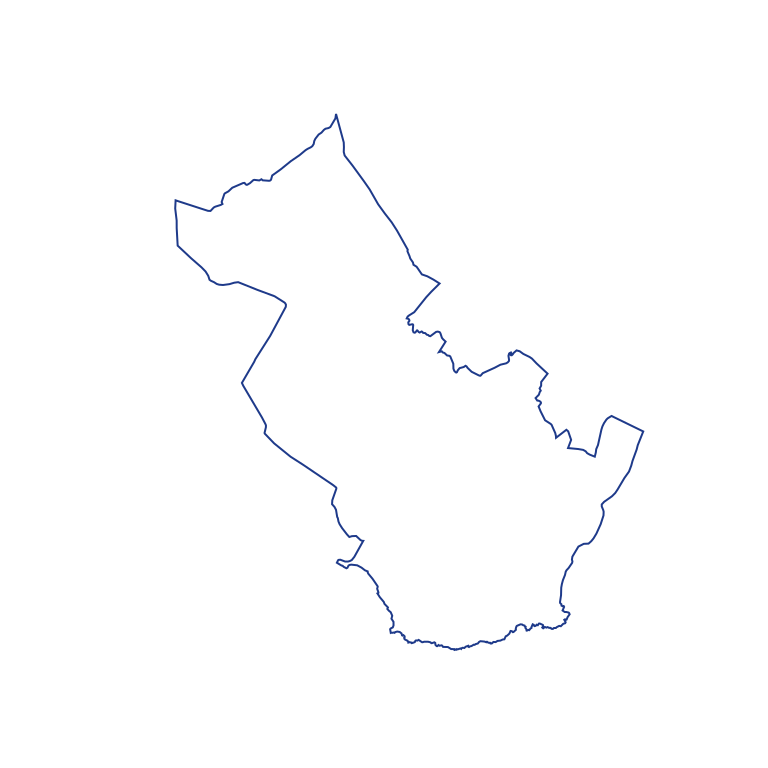 outline of Thuan Nam, Ninh Thuận, Vietnam, rotated 26°
{"feature_id": "81297802B94482771357603", "entity_name": "Thuan Nam", "entity_type": "district", "adm_level": 2, "iso_a3": "VNM", "parent_name": "Vietnam", "parent_adm1": "Ninh Thuận", "projection": "albers", "projection_center": [108.912, 11.451], "detail": "fine", "context": "isolated", "style": "outline", "palette": "blue", "viewbox_px": 768, "rotation_deg": 26, "n_neighbors": 0, "source": "geoboundaries", "source_scale": "gbopen_adm2", "svg_char_len": 6165}
<svg xmlns="http://www.w3.org/2000/svg" viewBox="0 0 768 768"><g transform="rotate(26 384 384)"><path d="M222.5,162.3L223.9,166.6L223.1,176.6L221.9,178.3L219.5,180.2L218.6,181.9L217.6,185.5L215.9,188.4L214.8,193.6L214.8,196.1L215.6,199.1L215.3,201.7L214.4,203.4L212.3,206.1L211.0,208.2L207.8,215.3L202.6,224.5L197.1,236.3L192.1,245.6L192.9,249.9L192.5,251.0L191.7,251.7L185.7,254.1L184.1,253.7L182.7,255.7L177.9,257.4L177.2,258.0L175.5,262.2L173.8,264.8L173.2,265.2L172.2,265.2L170.5,264.4L169.3,265.1L161.6,274.1L159.7,279.1L157.4,282.4L157.2,283.2L158.3,291.6L159.9,293.0L158.7,294.7L154.6,298.6L153.6,300.0L152.2,304.5L150.0,305.5L145.2,306.2L116.2,310.3L119.4,317.8L126.0,328.0L129.3,334.7L137.9,350.1L155.7,355.6L168.7,359.1L174.3,361.1L178.6,363.8L181.5,366.8L183.3,367.1L186.6,367.0L189.8,367.4L192.3,367.0L195.9,365.6L201.3,362.0L205.0,358.6L208.3,356.4L228.9,354.9L247.2,353.1L258.8,354.4L259.9,354.8L261.1,355.7L261.9,357.7L260.6,390.7L257.5,418.1L257.6,421.0L255.8,445.3L258.3,447.3L289.0,467.6L295.0,472.0L296.0,472.9L296.8,474.6L298.1,480.4L298.7,480.9L311.2,485.5L331.9,490.3L346.3,492.0L382.8,497.2L386.3,498.0L386.8,498.4L387.1,499.3L388.5,511.2L390.0,514.8L393.4,516.2L396.0,518.1L400.2,524.0L401.3,524.8L403.4,527.6L405.6,529.5L409.7,532.0L416.6,535.4L419.9,536.7L421.9,534.8L425.6,532.8L431.4,534.6L433.1,534.5L434.1,534.1L433.1,552.4L432.2,556.4L430.9,558.1L429.4,559.4L426.9,560.6L421.8,561.1L420.4,561.9L420.0,562.5L420.0,565.3L425.4,565.8L426.4,565.5L427.9,566.0L431.0,566.1L431.7,565.2L431.7,562.8L432.4,561.7L433.8,560.7L439.4,558.7L444.3,558.9L448.6,559.8L451.5,559.6L451.9,560.4L452.9,561.3L459.1,564.1L466.8,568.5L467.2,568.9L467.6,571.0L470.4,573.8L470.5,574.3L469.9,575.1L473.8,577.5L479.4,580.0L480.8,581.4L485.5,583.1L485.6,584.7L487.7,585.6L490.1,586.2L493.0,588.7L493.6,591.7L496.8,593.6L498.4,596.8L498.6,598.9L497.2,600.8L497.0,601.7L499.1,604.6L499.3,604.3L500.2,604.2L501.7,603.1L502.6,603.0L502.8,602.1L504.4,600.7L506.8,600.0L509.1,600.5L510.4,602.0L511.0,602.0L511.5,601.2L512.9,601.6L513.5,602.3L513.4,603.3L513.8,603.4L514.2,604.2L515.1,604.5L517.6,604.4L518.2,605.0L518.9,604.9L519.3,605.7L520.3,604.8L521.9,604.4L522.4,604.8L522.7,604.6L522.8,604.2L523.3,604.1L524.8,602.5L524.8,601.0L525.2,600.4L526.5,600.0L527.3,598.8L531.3,599.4L532.0,599.1L533.0,598.1L536.7,596.3L539.1,595.8L540.1,596.2L540.6,596.0L542.5,594.1L543.5,594.2L544.6,595.9L546.2,596.5L546.9,596.2L547.4,594.7L548.6,594.9L550.4,593.6L551.1,593.7L552.3,594.4L556.8,592.4L560.5,592.8L563.4,591.5L563.7,592.1L564.0,592.1L564.4,591.3L565.3,591.3L565.7,590.3L566.5,590.3L568.6,588.2L569.5,588.3L569.5,587.6L570.3,586.6L572.0,586.0L572.5,584.4L574.4,582.4L575.1,583.2L575.7,583.2L576.1,582.3L577.5,581.2L578.9,579.0L579.8,578.7L580.4,577.6L582.1,576.1L582.5,574.2L583.4,572.9L587.1,571.5L589.0,571.3L589.0,570.9L589.6,570.5L591.2,570.8L593.1,570.0L593.5,570.5L594.0,570.4L594.8,569.7L595.4,567.9L597.5,567.0L598.6,565.2L601.1,563.6L602.7,561.6L604.1,560.7L604.0,557.4L605.0,556.2L606.1,553.4L606.0,550.5L607.2,550.1L608.5,550.6L609.1,550.2L610.3,547.1L609.6,545.9L609.3,543.8L609.5,543.1L612.0,540.2L613.6,539.6L614.9,539.8L616.2,539.5L617.0,540.2L617.7,540.1L618.1,541.3L620.0,542.3L620.2,543.1L620.5,543.1L621.6,541.7L622.4,541.6L622.9,539.5L623.5,538.6L623.1,537.7L623.0,534.8L624.2,534.8L624.5,535.4L625.5,535.6L626.3,534.9L626.7,533.5L627.4,533.6L628.0,533.4L628.2,531.5L629.0,531.0L632.4,530.9L633.2,531.7L633.0,533.5L634.2,533.8L634.5,533.5L634.4,532.3L635.5,531.8L636.7,531.8L637.6,530.8L639.4,530.8L640.1,530.3L641.6,530.3L641.9,530.6L642.6,530.4L643.2,530.0L643.7,528.8L645.4,528.0L645.8,526.9L647.5,524.6L649.1,524.2L650.2,521.0L651.7,519.6L651.7,518.5L649.4,516.9L649.8,516.2L650.1,516.1L650.6,516.6L651.4,515.7L651.2,513.0L651.8,509.6L650.8,508.7L650.1,508.5L647.8,509.0L646.4,509.7L643.8,509.3L643.6,505.4L642.8,504.8L642.0,505.4L640.7,505.4L640.0,504.2L638.4,503.7L637.8,502.9L635.7,496.2L632.6,489.4L631.6,485.9L630.8,481.8L630.4,476.3L629.6,473.0L629.7,471.4L630.6,468.4L631.5,462.3L631.1,460.8L629.9,459.5L629.0,456.6L630.0,444.9L633.6,440.1L637.8,437.8L639.2,434.4L640.0,430.9L640.5,425.3L640.2,415.0L638.9,405.9L637.4,402.5L636.3,401.2L633.4,398.6L632.5,396.8L633.5,393.4L638.1,385.0L639.6,380.7L640.2,376.4L641.3,363.0L642.6,355.3L642.0,348.9L641.1,344.3L639.8,332.1L638.9,327.8L637.8,313.0L602.5,313.0L600.1,316.8L599.5,318.5L598.9,322.7L598.9,326.4L599.4,329.7L603.1,345.1L603.3,349.5L604.4,352.7L605.3,356.9L599.8,357.3L596.9,357.1L594.8,356.1L591.9,355.9L587.1,357.3L577.5,360.9L576.7,352.2L570.3,345.8L568.0,345.2L562.2,356.9L561.3,355.3L559.4,353.0L552.5,347.2L551.3,346.8L544.7,346.0L536.7,339.9L532.8,336.4L533.5,332.6L533.2,331.9L532.3,331.3L530.3,331.2L529.0,331.7L526.4,330.2L527.9,325.7L527.5,323.0L527.8,321.3L525.8,319.8L526.0,316.7L524.4,313.3L526.5,303.0L512.0,298.6L505.8,296.3L503.0,295.9L496.1,295.9L491.6,295.1L488.4,295.7L486.9,299.3L486.7,301.0L486.2,302.2L485.5,302.5L485.1,302.4L484.8,300.4L484.3,300.0L483.3,301.2L483.1,301.9L483.5,304.1L485.9,307.6L486.2,308.7L485.7,310.4L484.7,311.9L480.2,315.6L476.4,320.8L468.0,331.0L467.2,334.0L466.8,334.5L465.3,334.7L457.4,334.6L452.1,332.9L450.5,332.0L449.3,331.9L448.2,333.8L445.0,336.6L444.3,339.4L444.4,341.3L444.1,341.9L443.4,342.1L441.4,341.4L439.7,339.8L437.4,335.4L431.5,330.2L430.4,330.0L428.2,330.7L424.7,329.6L423.0,329.9L421.6,329.3L419.4,331.2L420.8,318.9L417.5,317.9L415.8,317.1L412.5,313.7L411.3,313.0L409.4,313.3L408.0,314.3L404.7,320.7L403.6,321.0L402.4,320.6L400.8,320.9L398.8,320.2L396.7,320.9L395.5,320.3L394.8,320.3L393.5,322.1L392.4,322.1L390.5,321.2L390.1,321.4L389.6,323.8L389.2,324.4L387.9,324.6L386.3,323.1L384.4,318.2L383.9,317.8L383.2,317.9L380.8,319.8L379.7,319.4L378.8,317.9L379.1,316.0L378.8,315.5L378.0,314.9L377.0,314.8L375.7,315.1L375.7,313.0L376.5,311.3L379.7,306.2L383.9,287.5L386.0,280.5L389.9,269.3L382.6,268.5L375.7,268.2L370.0,268.9L361.9,264.3L358.2,263.9L356.8,262.1L352.6,259.7L350.8,257.8L348.0,255.4L346.8,254.3L346.5,252.9L328.4,240.4L320.0,235.3L310.0,230.4L299.9,225.0L285.8,215.4L277.0,210.5L259.8,201.4L248.5,195.9L246.1,193.1L244.1,188.6L241.9,184.5L222.5,162.3Z" fill="none" stroke="#1e3a8a" stroke-width="2"/></g></svg>